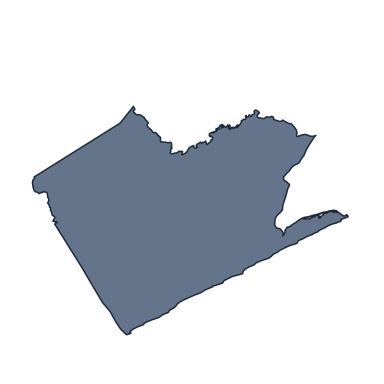 Matutuine, Maputo, Mozambique (Equal Earth projection), rotated 58°
{"feature_id": "85939544B97303459234614", "entity_name": "Matutuine", "entity_type": "district", "adm_level": 2, "iso_a3": "MOZ", "parent_name": "Mozambique", "parent_adm1": "Maputo", "projection": "equal_earth", "projection_center": [32.584, -26.451], "detail": "fine", "context": "isolated", "style": "filled", "palette": "slate", "viewbox_px": 384, "rotation_deg": 58, "n_neighbors": 0, "source": "geoboundaries", "source_scale": "gbopen_adm2", "svg_char_len": 6024}
<svg xmlns="http://www.w3.org/2000/svg" viewBox="0 0 384 384"><g transform="rotate(58 192 192)"><path d="M151.5,135.9L152.0,136.5L152.7,136.1L152.2,137.3L152.6,137.4L152.5,138.1L152.0,137.5L151.5,137.5L151.2,137.8L151.5,138.0L151.9,138.7L152.8,139.2L152.7,138.3L153.1,138.3L153.3,138.9L153.6,139.1L152.9,140.6L153.3,141.5L152.5,141.5L152.5,141.9L152.9,141.9L152.4,142.5L152.8,143.0L152.2,143.0L151.9,144.2L151.8,145.8L152.1,146.6L152.8,147.2L153.7,146.7L153.7,147.4L154.2,147.6L155.2,146.4L156.5,145.5L156.9,145.6L158.3,147.2L157.9,147.9L158.3,148.8L158.9,148.9L159.3,149.7L159.3,151.2L159.8,154.0L159.3,154.5L157.4,153.5L156.7,153.9L156.1,153.6L156.3,155.3L155.6,156.4L156.0,157.1L156.0,158.0L154.7,158.0L154.2,158.4L154.2,160.2L154.5,160.9L154.1,162.2L154.3,163.1L155.1,164.0L155.6,164.1L156.5,163.6L157.0,164.4L156.4,166.1L155.7,166.7L154.8,166.6L153.9,166.0L153.3,166.2L153.5,167.9L152.9,168.6L153.3,171.8L153.9,172.4L154.4,173.7L155.4,174.6L155.1,175.6L155.6,176.8L155.3,180.3L155.1,180.7L154.2,180.5L153.0,178.7L152.1,178.9L150.5,181.9L150.8,183.0L150.6,184.0L150.7,184.6L149.8,186.1L149.5,187.7L148.5,189.3L147.8,189.7L146.9,189.5L146.5,188.5L144.5,187.7L144.7,187.2L144.6,186.4L143.9,185.6L143.4,185.5L143.1,185.8L142.6,185.8L141.9,184.6L139.7,183.5L138.3,183.9L138.0,184.6L137.8,186.2L135.9,187.8L134.5,190.0L133.7,190.7L133.3,191.7L132.8,191.4L131.7,191.6L130.5,191.0L130.0,190.1L128.0,189.9L127.7,190.0L127.4,190.6L126.2,190.4L125.6,191.1L124.2,190.7L123.3,191.2L122.3,191.3L121.9,192.3L121.5,192.5L120.9,193.5L118.0,193.6L112.7,195.1L110.8,194.3L110.5,192.7L110.0,192.5L109.1,192.4L106.0,193.2L103.7,193.0L99.8,194.6L98.1,196.4L97.6,197.7L97.2,198.1L93.4,199.1L92.7,199.1L92.1,198.7L91.8,197.0L91.4,196.5L88.4,196.4L95.5,216.5L95.6,317.9L96.9,318.2L97.5,320.4L99.4,322.3L103.9,324.3L107.3,325.1L108.7,324.7L111.1,322.8L112.0,322.7L112.5,322.3L112.4,320.5L113.1,319.1L113.1,317.6L114.8,315.9L115.9,315.3L118.0,316.1L120.0,317.2L121.6,317.1L122.3,317.4L123.9,318.5L124.7,320.2L126.7,320.0L129.5,320.8L130.6,320.3L132.3,321.7L134.1,321.6L137.4,322.8L138.3,322.6L139.4,321.7L140.5,321.7L141.3,322.5L142.9,325.3L144.7,324.0L145.2,322.7L145.6,322.5L146.6,322.5L146.0,323.8L146.6,325.4L197.7,325.4L237.9,326.5L249.9,324.8L262.2,325.4L270.2,325.2L278.3,323.2L279.4,319.1L279.1,318.6L278.3,319.1L277.8,318.6L277.1,316.7L277.1,314.0L277.6,309.2L278.7,303.7L278.5,302.9L278.0,302.2L278.3,298.7L279.1,294.0L280.9,286.4L280.5,281.9L281.6,275.7L280.6,274.3L280.4,272.3L280.7,268.4L280.2,266.1L279.2,263.9L278.9,260.9L278.9,258.7L279.4,254.1L280.7,244.7L282.2,237.2L282.0,234.8L282.2,233.6L282.0,232.4L283.2,225.4L283.2,224.9L282.9,224.9L282.8,224.5L285.4,214.5L285.3,213.7L284.5,212.9L284.2,211.3L284.9,203.1L288.0,192.8L287.8,191.9L287.0,191.5L286.3,190.1L285.6,187.7L285.9,182.6L286.8,177.4L286.4,176.9L286.1,175.0L286.7,170.9L288.8,162.1L288.8,160.0L287.9,156.2L288.3,150.6L288.0,148.8L288.7,141.2L289.4,136.8L291.1,130.2L289.8,127.9L289.8,126.5L290.5,122.2L290.6,119.1L291.8,112.2L291.7,110.0L292.4,106.8L292.0,104.0L292.8,97.8L292.7,95.7L292.9,93.4L293.7,89.3L294.7,86.5L294.9,84.2L295.6,82.1L295.6,81.3L295.1,80.5L294.5,80.6L294.4,80.2L294.6,78.5L295.6,74.1L295.5,72.8L295.3,72.5L293.3,72.8L293.1,73.1L293.4,74.3L293.0,75.9L290.0,77.4L287.5,78.2L286.3,79.6L286.1,79.6L286.0,78.9L285.2,79.0L284.1,79.8L282.5,81.6L280.7,85.8L280.6,86.8L278.8,91.5L277.4,97.2L277.7,97.1L278.6,94.8L278.9,92.5L279.6,92.5L279.3,92.3L279.3,91.5L280.6,88.0L281.1,85.5L281.9,83.8L283.6,81.3L285.0,79.9L285.5,79.7L285.7,79.9L285.5,80.4L285.7,80.8L284.6,81.3L284.3,82.6L283.1,83.4L281.9,85.0L281.2,86.5L281.4,88.8L280.5,90.3L280.5,91.0L280.1,91.1L279.8,91.6L279.9,92.1L280.4,92.1L280.9,92.8L281.1,93.4L281.1,95.1L280.5,96.7L281.6,96.6L282.1,97.3L282.0,97.5L281.3,97.4L281.1,97.9L280.6,98.1L279.6,97.2L278.9,97.5L278.8,97.0L278.0,97.6L277.8,98.4L277.7,101.9L277.1,103.4L277.3,104.6L277.1,106.2L276.3,107.9L274.5,110.8L273.2,111.8L273.3,110.2L275.0,106.5L277.2,99.5L277.5,97.9L277.3,97.7L276.1,101.0L274.5,106.8L273.0,110.3L272.6,112.7L272.5,116.7L272.8,118.8L272.8,124.8L273.1,126.8L272.7,129.0L272.2,130.0L274.0,133.6L275.7,134.6L276.9,137.0L277.1,137.9L275.0,136.4L273.2,136.2L270.1,136.8L269.0,137.6L267.9,138.8L267.8,139.2L264.0,139.6L259.1,135.9L257.8,134.2L256.9,131.8L255.7,126.3L255.1,124.9L250.8,121.4L245.2,114.6L240.0,109.0L237.8,105.6L236.6,105.4L235.6,105.9L233.4,106.4L231.1,107.7L229.3,107.3L228.0,106.5L227.5,105.9L227.4,104.8L226.4,102.0L225.5,97.9L224.7,96.4L223.9,93.9L223.5,90.5L223.7,89.1L224.0,88.2L224.0,86.3L223.7,85.1L221.4,80.8L220.2,77.5L217.4,73.6L214.9,69.3L210.5,59.9L209.7,57.5L208.3,61.0L206.7,62.6L204.1,64.5L202.9,65.8L201.7,69.3L201.0,72.5L200.4,73.6L198.9,73.1L197.6,71.7L195.0,70.7L190.4,70.9L186.8,71.7L185.0,73.8L179.1,77.0L179.2,79.0L178.7,80.2L174.2,84.0L173.8,84.3L172.1,83.4L171.3,83.5L170.4,84.2L169.8,85.0L169.8,86.3L169.6,86.9L167.7,89.0L168.0,91.1L167.9,92.2L164.1,96.3L163.0,96.8L161.7,96.3L161.3,95.7L160.9,93.4L160.3,92.9L159.1,93.0L156.4,94.3L156.0,95.6L156.1,96.1L156.9,96.8L158.0,97.0L158.5,97.5L158.7,98.6L158.4,100.3L159.3,101.3L159.3,101.7L158.8,102.3L157.2,102.3L157.0,102.9L157.9,104.0L157.9,105.3L157.5,105.7L156.1,105.5L155.7,106.2L156.0,106.5L157.1,106.4L157.4,106.9L158.6,107.7L158.4,108.7L157.6,109.8L157.9,110.6L157.7,112.4L158.9,112.9L159.9,115.0L161.1,118.7L161.2,119.8L161.0,120.0L160.4,119.7L160.0,118.9L160.0,117.6L159.4,117.5L159.3,119.1L160.1,120.3L160.2,122.4L159.9,122.9L159.4,122.2L159.0,122.3L159.0,123.6L158.4,123.9L158.3,124.7L158.8,125.0L159.0,125.8L158.9,126.8L157.1,127.3L156.9,127.0L157.1,126.6L158.3,126.6L158.6,126.1L158.4,125.8L157.4,125.8L156.2,124.7L155.0,124.8L154.8,125.3L154.9,125.6L155.8,125.2L156.0,125.4L155.4,126.6L154.3,126.5L155.0,128.4L155.0,129.1L154.4,129.3L153.6,130.1L153.9,130.9L153.8,131.3L152.9,131.2L152.7,129.9L152.3,129.9L152.0,130.5L153.4,132.4L153.4,133.0L151.7,131.9L151.4,131.4L151.3,130.5L151.0,130.6L150.5,131.5L150.5,133.1L151.0,133.4L151.1,134.2L152.3,135.4L151.5,135.9Z" fill="#64748b" stroke="#1e293b" stroke-width="1.5"/></g></svg>